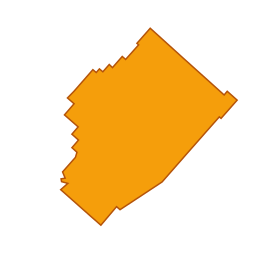 Madison, Arkansas, United States of America (Equal Earth projection), rotated 220°
{"feature_id": "52423323B84636308996882", "entity_name": "Madison", "entity_type": "district", "adm_level": 2, "iso_a3": "USA", "parent_name": "United States of America", "parent_adm1": "Arkansas", "projection": "equal_earth", "projection_center": [-93.669, 36.034], "detail": "fine", "context": "isolated", "style": "filled", "palette": "amber", "viewbox_px": 256, "rotation_deg": 220, "n_neighbors": 0, "source": "geoboundaries", "source_scale": "gbopen_adm2", "svg_char_len": 654}
<svg xmlns="http://www.w3.org/2000/svg" viewBox="0 0 256 256"><g transform="rotate(220 128 128)"><path d="M81.6,60.3L67.2,108.6L66.8,127.8L66.4,146.5L65.7,175.8L65.2,195.2L62.9,195.2L62.3,219.5L75.6,219.9L75.6,215.1L130.2,217.0L175.1,218.7L175.6,198.6L173.3,198.5L173.9,179.0L178.4,179.1L178.7,164.3L183.2,164.6L183.4,154.9L187.9,154.9L188.0,150.1L192.4,150.1L193.0,121.2L193.7,112.1L184.9,111.9L185.1,97.2L166.9,96.8L167.0,87.2L158.2,86.9L158.2,83.4L158.3,76.9L151.5,76.6L149.4,71.7L149.9,52.3L143.9,49.2L146.6,46.0L144.4,44.2L138.5,46.9L139.9,37.5L99.9,36.4L86.3,36.1L86.2,60.4L81.6,60.3Z" fill="#f59e0b" stroke="#b45309" stroke-width="1.5"/></g></svg>